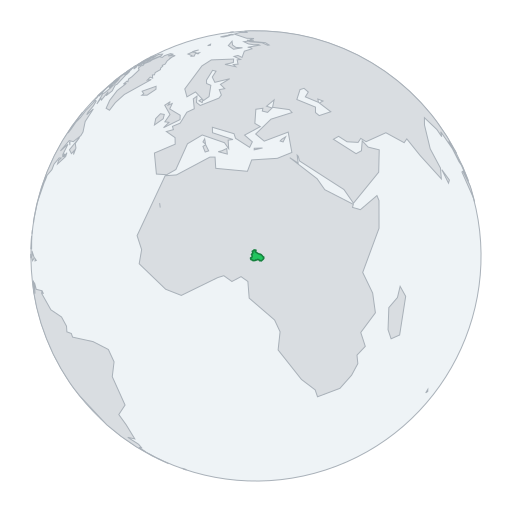 globe centered on Nord, rotated 342°
{"feature_id": "CMR-1483", "entity_name": "Nord", "entity_type": "Province", "adm_level": 1, "iso_a3": "CMR", "parent_name": "Cameroon", "parent_adm1": "", "projection": "orthographic", "projection_center": [13.766, 8.625], "detail": "fine", "context": "on_globe", "style": "filled", "palette": "green", "viewbox_px": 512, "rotation_deg": 342, "n_neighbors": 0, "source": "natural_earth", "source_scale": "10m", "svg_char_len": 9926}
<svg xmlns="http://www.w3.org/2000/svg" viewBox="0 0 512 512"><g transform="rotate(342 256 256)"><circle cx="256" cy="256" r="225" fill="#eef3f6" stroke="#a8b0b8"/><path d="M179.2,44.2L179.4,44.1L174.2,46.1L179.5,44.2L184.0,42.6L187.8,41.4L188.8,41.3L182.4,43.4L180.9,43.8L179.5,44.5L175.9,45.7L178.3,45.0L170.3,48.1L179.5,45.0L174.4,47.5L168.7,49.6L167.6,49.4L154.8,54.7L179.2,44.2ZM135.5,65.6L128.0,71.2L122.0,75.4L115.2,81.0L119.2,78.3L126.0,73.1L131.8,70.1L139.4,64.8L142.9,63.1L151.4,58.2L151.9,59.2L147.7,63.0L140.7,67.3L138.7,69.3L146.8,65.8L135.1,75.3L129.8,84.6L126.6,87.4L117.6,90.8L114.0,88.5L102.5,95.6L111.7,91.6L103.5,99.9L102.8,101.8L104.3,102.1L108.1,99.3L105.7,102.6L95.6,107.2L97.7,104.2L100.9,102.6L99.1,101.9L92.3,106.2L88.6,110.8L82.2,114.7L79.5,118.2L76.6,121.4L81.3,115.3L72.7,126.7L64.6,137.3L54.9,154.5L63.3,139.3L72.9,124.8L83.5,111.1L95.1,98.3L107.7,86.4L121.2,75.5L135.5,65.6ZM33.5,220.7L33.3,222.2L35.0,214.0L36.7,210.6L34.2,223.5L37.1,212.7L36.7,219.8L41.6,222.8L40.6,225.5L44.3,243.8L52.2,253.9L54.1,264.2L52.7,269.7L56.4,272.6L56.5,276.5L74.6,287.1L86.7,299.3L88.3,312.8L82.0,326.4L85.4,357.3L76.5,364.4L80.4,376.5L84.2,392.5L78.0,388.8L86.1,398.7L87.9,403.0L85.6,402.0L90.7,408.2L89.3,407.2L94.2,412.2L100.2,418.7L108.0,425.9L108.8,426.6L95.4,414.0L83.1,400.4L71.9,385.8L61.9,370.4L45.2,334.7L41.7,325.2L39.7,318.9L35.7,302.9L32.8,286.6L31.2,270.1L30.7,253.6L31.5,237.1L33.5,220.7ZM48.8,167.7L44.8,179.9L44.2,179.5L44.9,177.8L46.7,172.7L47.4,170.8L48.8,167.7ZM54.6,155.5L55.1,154.2L55.1,154.6L54.6,155.5ZM150.6,58.2L150.9,58.2L149.2,59.1L150.6,58.2ZM153.9,56.2L151.5,57.2L152.8,56.4L154.2,55.8L153.9,56.2ZM156.5,55.3L155.2,55.0L157.5,53.7L164.7,50.6L156.5,55.3ZM185.0,42.2L180.2,43.9L183.3,42.8L185.0,42.2ZM189.6,40.9L189.8,40.7L196.4,38.8L197.2,38.7L194.8,39.3L189.6,40.9ZM193.8,39.7L197.5,38.9L195.3,39.7L189.9,40.9L193.8,39.7ZM197.7,38.4L200.9,37.6L199.4,38.0L197.7,38.4ZM189.5,43.2L189.5,42.6L192.9,41.5L189.5,43.2ZM199.1,38.5L199.8,38.2L201.2,37.8L203.1,37.5L199.1,38.5ZM215.0,34.5L208.5,35.8L212.3,35.0L213.0,34.9L206.8,36.2L208.1,35.9L215.0,34.5ZM209.1,36.2L201.4,38.4L200.6,39.4L197.5,40.4L199.4,38.6L209.1,36.2ZM208.3,36.0L208.1,36.3L204.4,37.1L202.2,37.4L208.3,36.0ZM219.0,33.8L218.6,33.9L219.0,33.8ZM209.6,36.3L211.4,35.8L210.0,36.3L209.6,36.3ZM217.0,34.2L216.2,34.3L217.9,34.0L217.0,34.2ZM215.8,35.0L213.3,35.6L211.8,35.7L215.8,35.0ZM216.9,34.5L219.5,34.1L212.7,35.4L216.3,34.5L216.9,34.5ZM218.8,34.0L219.5,33.8L218.8,34.0L218.8,34.0ZM223.1,34.4L214.9,36.1L211.5,36.2L219.9,34.5L223.1,34.4ZM121.6,436.6L121.2,435.8L123.1,437.1L123.8,438.0L121.6,436.6ZM466.5,175.7L467.9,179.6L469.5,184.2L474.7,202.1L478.5,220.5L477.9,216.9L474.7,206.5L477.7,222.9L480.2,235.0L481.2,248.5L481.2,250.3L480.8,246.7L479.4,233.1L478.2,229.0L476.0,214.7L470.1,194.9L469.5,199.9L467.1,191.6L458.9,176.5L456.7,183.5L454.8,207.9L458.6,229.4L456.1,239.9L443.1,211.0L435.6,191.2L431.9,194.0L417.6,178.9L396.0,181.3L392.0,176.5L388.2,179.5L377.9,175.5L371.5,167.7L365.7,168.9L382.8,189.6L388.8,188.5L392.6,179.3L396.3,187.1L406.0,193.1L398.6,214.2L365.0,235.9L360.2,220.0L326.8,179.1L327.0,174.3L326.8,173.7L326.3,172.8L324.8,180.7L318.5,172.9L338.0,201.4L341.9,214.2L364.5,236.9L362.8,239.6L369.6,244.2L389.7,235.9L390.1,241.3L381.6,267.6L352.4,304.6L355.5,327.3L352.0,346.9L332.0,361.1L332.0,375.7L321.4,381.5L319.6,389.8L310.1,398.9L294.9,407.8L271.0,408.9L270.9,401.6L261.1,387.5L248.0,352.2L255.5,335.5L253.9,322.6L236.5,294.0L240.4,277.7L235.4,271.0L225.2,272.8L219.3,264.8L213.0,264.7L172.8,270.4L159.8,259.7L142.5,227.3L149.2,214.6L149.2,199.9L194.4,151.6L205.4,154.3L242.7,147.7L247.6,149.3L244.8,160.2L274.0,172.8L281.6,163.3L306.5,169.7L322.1,168.6L324.9,148.1L299.3,149.3L293.4,139.9L312.5,130.5L334.6,130.7L333.0,127.1L317.7,119.7L321.5,113.1L312.3,116.8L317.0,120.2L311.4,123.0L306.8,120.1L308.2,117.6L301.2,116.4L295.9,129.5L300.1,134.3L282.5,137.5L287.8,146.3L283.5,150.7L272.9,137.7L272.9,132.9L254.3,120.1L252.7,125.3L270.1,138.1L265.3,137.2L263.2,145.5L261.0,138.5L242.3,124.3L225.5,128.1L206.5,149.0L196.2,151.1L186.6,147.3L191.2,126.7L213.7,124.7L215.6,118.4L209.2,109.9L216.5,110.3L216.6,106.9L224.9,106.2L234.7,97.9L242.8,96.9L244.9,87.2L249.3,85.7L246.8,91.6L249.5,95.6L269.5,94.4L272.8,92.2L272.5,86.4L278.0,87.2L275.2,81.8L285.8,79.3L270.5,78.1L269.7,72.3L275.1,67.9L272.1,66.0L263.3,73.4L262.3,76.7L265.8,79.7L260.6,89.9L254.2,91.9L249.2,81.3L239.5,83.3L239.9,75.1L263.3,58.5L274.1,55.7L295.6,61.8L294.2,65.0L285.7,64.2L295.2,69.7L293.6,66.9L298.2,68.0L298.7,63.6L301.9,64.3L296.8,59.4L300.8,59.7L304.1,62.8L308.2,57.6L316.2,57.7L315.5,56.4L312.6,54.9L324.6,56.6L323.6,55.6L319.3,54.5L314.4,52.0L310.6,48.4L315.0,49.2L317.0,50.6L327.7,55.1L332.3,59.3L333.7,59.4L330.8,56.0L317.7,50.3L314.1,48.0L320.6,50.2L318.0,49.2L317.6,48.4L321.3,48.5L314.3,46.0L304.0,38.3L310.2,38.5L317.1,40.8L314.6,38.6L320.3,40.1L335.3,45.2L350.0,51.3L364.2,58.4L377.9,66.5L390.9,75.6L403.3,85.6L415.0,96.4L425.8,108.0L435.8,120.3L444.9,133.3L453.1,146.9L460.3,161.1L466.5,175.7ZM180.7,175.9L179.9,180.2L179.9,180.3L180.7,175.9ZM359.5,142.0L371.7,141.9L363.5,130.0L367.6,129.3L363.3,125.8L362.9,129.2L352.1,119.9L356.4,116.2L353.5,111.4L349.3,111.3L343.2,119.8L358.6,132.8L356.9,137.9L359.5,142.0ZM41.8,222.8L42.1,225.7L41.1,225.2L41.8,222.8ZM42.4,184.4L42.3,185.3L41.6,187.6L41.4,187.7L42.4,184.4ZM45.1,190.3L45.7,192.3L44.3,192.4L45.1,190.3ZM44.5,181.8L44.5,189.3L42.0,191.4L42.3,186.9L43.1,186.9L44.5,181.8ZM51.3,162.2L50.8,163.5L49.8,165.6L51.3,162.2ZM54.6,155.9L55.4,153.9L54.6,155.9ZM104.1,99.6L104.8,99.4L105.5,100.3L103.7,101.3L104.1,99.6ZM118.1,97.7L113.8,103.1L115.6,99.6L112.1,101.6L111.4,97.3L124.9,88.7L118.9,93.1L118.1,97.7ZM114.3,90.0L113.2,93.1L113.8,90.1L114.3,90.0ZM209.1,91.2L212.5,93.0L210.2,96.8L199.9,100.0L203.1,94.3L209.1,91.2ZM217.9,94.9L215.8,84.4L222.2,82.7L219.0,85.3L223.4,85.1L219.4,89.5L227.4,98.7L225.9,102.8L207.7,105.4L214.5,102.0L210.8,100.2L217.9,94.9ZM199.4,67.0L198.6,64.1L213.4,63.7L212.4,66.5L202.1,69.4L197.1,67.8L199.4,67.0ZM169.6,50.5L168.3,50.7L170.1,49.9L172.7,49.1L169.6,50.5ZM189.2,43.0L177.0,49.7L174.9,50.0L170.3,54.5L163.0,57.2L166.2,54.1L157.2,59.9L157.2,58.2L151.6,62.2L159.7,55.0L159.4,54.3L162.5,54.0L169.2,51.4L172.0,50.0L179.7,45.9L182.2,43.7L189.3,41.4L193.6,40.4L194.0,40.5L189.3,41.9L193.3,41.2L186.8,43.3L189.2,43.0ZM239.8,38.6L234.1,38.5L241.1,40.4L234.6,41.3L235.8,41.5L231.8,43.0L228.9,45.4L225.8,45.7L226.0,46.6L223.4,47.8L222.7,49.2L216.8,50.4L215.4,52.3L213.4,51.8L212.7,54.9L210.6,53.2L206.9,55.1L210.9,55.8L180.7,61.7L169.7,66.6L161.7,72.1L159.1,69.2L165.0,62.7L175.2,55.7L186.1,51.8L183.0,51.5L187.3,49.8L188.0,50.7L189.5,48.3L193.3,47.2L202.3,42.9L202.2,40.9L205.5,39.6L207.4,39.9L209.4,38.5L215.2,38.2L217.7,37.4L226.0,36.7L228.2,38.2L230.8,37.2L237.2,37.1L239.8,38.6ZM225.4,34.2L229.5,35.1L228.0,36.2L214.3,37.1L211.2,37.8L202.3,39.1L204.7,37.6L207.0,37.3L209.8,36.7L208.0,37.4L211.5,36.5L214.8,36.1L218.5,35.4L218.9,35.8L225.4,34.2ZM252.3,145.1L255.9,145.4L261.4,144.7L260.2,150.2L252.3,145.1ZM239.4,135.4L242.5,134.6L243.5,141.4L239.8,141.4L239.4,135.4ZM243.4,128.7L242.6,134.0L240.8,131.1L243.4,128.7ZM249.7,90.8L252.9,89.9L253.6,91.3L252.2,93.5L249.7,90.8ZM259.0,46.8L256.0,46.0L256.8,45.5L253.7,42.9L258.2,42.4L261.8,43.8L259.0,46.8ZM321.0,151.8L317.0,155.9L314.5,154.1L316.3,153.0L321.0,151.8ZM287.6,153.0L295.6,155.3L287.1,154.5L287.6,153.0ZM263.4,45.9L261.6,44.8L265.0,45.2L263.4,45.9ZM261.3,42.0L265.2,42.3L258.4,42.1L261.3,42.0ZM378.2,435.9L377.5,437.9L375.1,438.6L378.2,435.9ZM385.9,340.6L368.2,375.5L358.9,376.5L358.8,366.9L366.4,346.1L377.7,339.2L383.7,329.4L385.9,340.6ZM480.7,272.0L480.8,268.3L477.8,239.7L479.0,239.3L481.3,255.4L481.3,256.3L481.3,259.0L481.3,259.5L480.7,272.0ZM459.4,231.3L463.4,243.5L461.6,246.2L459.4,231.3ZM299.6,44.3L298.9,48.1L301.3,51.4L307.5,53.8L298.5,52.4L294.7,47.3L299.6,44.3ZM303.0,38.7L297.6,37.3L300.1,37.4L301.6,37.7L303.0,38.7ZM299.7,38.2L292.9,37.7L289.9,36.6L295.9,37.2L299.7,38.2ZM278.3,40.5L277.8,41.5L275.0,41.0L278.3,40.5ZM302.3,35.5L304.0,35.9L301.5,35.4L300.1,35.1L302.3,35.5Z" fill="#d9dde1" stroke="#a8b0b8" stroke-width="1"/><path d="M257.7,250.7L257.6,250.8L257.4,251.2L257.3,251.3L256.9,251.6L256.7,252.0L257.1,252.3L258.2,253.6L258.3,253.9L259.1,254.6L260.0,255.3L260.3,255.3L260.5,255.5L260.6,255.8L260.8,255.8L261.0,255.9L261.1,256.0L261.2,256.3L261.5,256.5L261.6,256.8L262.1,257.9L262.4,258.8L262.5,259.1L262.8,259.2L263.0,259.3L263.0,259.7L262.9,259.9L262.8,260.1L262.7,260.3L262.4,260.7L262.5,260.8L262.4,260.9L262.3,261.0L262.1,261.1L261.8,261.3L261.7,261.3L261.2,261.6L260.9,261.7L260.0,262.1L259.8,262.2L259.7,262.3L259.4,262.2L259.1,262.1L259.0,261.9L258.9,261.8L258.8,261.7L258.7,261.7L258.4,261.7L258.2,261.7L258.2,261.3L258.2,261.2L257.8,260.8L257.7,260.7L257.5,260.4L257.4,260.4L257.4,260.2L256.6,260.1L256.5,259.8L256.4,259.7L255.8,259.8L255.7,259.8L255.4,259.9L255.2,260.0L254.8,259.9L254.7,259.9L254.5,259.7L254.4,259.7L254.2,259.6L254.0,259.8L254.0,260.0L253.8,260.0L253.7,260.0L253.4,260.0L253.1,259.9L252.4,259.7L252.1,259.6L251.9,259.5L251.7,259.5L251.6,259.4L251.6,259.2L251.6,258.9L251.4,258.8L251.3,258.7L251.2,258.7L250.2,258.0L250.1,257.7L250.0,257.3L250.0,257.1L250.0,256.9L250.3,256.8L250.5,256.7L250.7,256.4L250.6,256.1L250.8,256.1L251.0,256.0L251.3,256.1L251.7,255.9L251.8,255.8L251.8,255.7L252.0,255.5L252.2,255.4L252.3,255.2L252.4,254.4L252.3,254.1L252.6,253.6L252.6,253.3L252.6,253.2L252.4,253.1L252.5,253.0L252.7,252.9L252.8,252.9L252.9,252.7L253.0,252.7L253.5,252.5L253.8,252.4L253.9,252.1L253.9,251.9L254.0,251.6L254.0,251.4L253.9,251.2L253.9,250.9L254.0,250.8L254.0,250.7L253.9,250.5L253.9,250.4L254.0,250.3L254.1,250.2L254.4,250.2L254.5,250.2L254.6,250.3L254.8,250.3L255.0,250.3L255.3,250.2L255.6,250.2L255.6,249.9L255.7,249.7L255.8,249.7L256.0,249.8L256.3,249.8L256.6,249.8L256.8,249.8L256.9,250.0L257.0,250.1L257.2,250.3L257.3,250.3L257.7,250.4L257.7,250.7L257.7,250.7Z" fill="#22c55e" stroke="#15803d" stroke-width="1.5"/></g></svg>